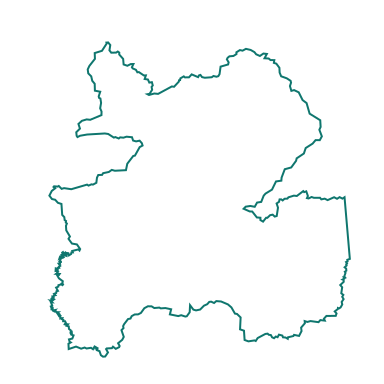 outline of Atalaya, Ucayali, Peru, rotated 85°
{"feature_id": "86281439B8185732836313", "entity_name": "Atalaya", "entity_type": "district", "adm_level": 2, "iso_a3": "PER", "parent_name": "Peru", "parent_adm1": "Ucayali", "projection": "natural_earth1", "projection_center": [-73.051, -10.43], "detail": "fine", "context": "isolated", "style": "outline", "palette": "teal", "viewbox_px": 384, "rotation_deg": 85, "n_neighbors": 0, "source": "geoboundaries", "source_scale": "gbopen_adm2", "svg_char_len": 5955}
<svg xmlns="http://www.w3.org/2000/svg" viewBox="0 0 384 384"><g transform="rotate(85 192 192)"><path d="M340.9,128.0L341.4,125.9L343.7,124.9L344.8,123.0L343.3,121.1L344.1,119.4L341.7,117.8L342.9,114.5L344.7,114.0L345.1,111.5L346.6,109.4L345.1,109.0L344.3,103.5L343.2,102.8L344.7,97.9L340.1,95.0L336.6,95.1L332.6,91.0L330.4,91.0L331.5,88.4L330.9,85.2L332.7,77.3L330.8,75.3L331.7,70.9L329.7,71.6L327.2,68.9L327.9,59.6L325.6,58.6L323.4,60.2L321.2,56.8L320.3,56.7L320.8,55.7L319.9,54.0L317.1,52.1L314.6,52.5L311.9,50.3L309.5,51.5L307.7,50.2L305.9,52.1L300.0,50.7L297.6,52.4L294.7,48.7L292.8,48.6L292.3,49.6L291.4,47.7L290.2,48.3L290.3,47.1L289.4,47.7L285.9,46.1L284.8,46.7L283.8,45.1L281.8,45.1L280.3,46.5L278.7,44.4L277.5,44.7L276.8,43.8L275.2,44.6L274.7,43.1L273.1,43.2L272.4,40.6L210.5,40.5L211.7,42.7L210.0,45.4L211.4,48.1L209.6,50.9L211.9,57.6L210.2,60.4L210.6,63.8L208.9,65.0L208.4,71.1L207.4,73.3L208.6,76.4L208.1,78.0L206.1,76.9L201.3,78.1L201.9,80.3L200.8,81.1L205.1,87.9L204.5,90.8L205.7,96.4L206.9,97.5L206.8,100.4L208.3,102.4L207.1,103.8L207.0,105.4L209.4,106.2L210.8,108.7L215.1,107.7L223.3,109.7L223.7,111.7L221.6,113.6L221.9,116.2L224.3,119.2L224.1,120.4L227.7,123.8L225.9,126.3L223.6,126.1L223.0,129.6L216.7,133.7L216.4,136.2L213.2,142.0L211.3,139.8L211.0,135.1L212.2,130.8L208.2,128.1L207.9,123.9L201.9,120.9L200.0,118.9L196.6,112.1L188.8,107.4L188.5,102.0L185.5,101.5L177.4,97.6L176.2,91.0L170.0,85.6L167.6,84.8L163.4,77.2L158.1,74.9L154.3,67.6L151.1,64.4L151.5,60.2L147.9,57.8L141.1,59.7L138.4,58.2L131.7,58.0L124.2,68.0L113.4,70.1L110.1,73.8L102.0,77.0L99.4,81.4L99.9,84.2L95.0,85.2L91.7,83.8L89.8,84.1L87.0,87.7L84.5,93.1L80.7,94.3L75.9,94.1L71.5,96.8L70.5,99.2L67.8,98.5L67.4,102.3L65.7,104.0L65.1,108.1L61.0,105.4L60.3,108.8L62.4,112.5L60.4,116.1L58.1,117.6L55.6,121.2L54.1,125.8L55.6,129.3L54.8,131.9L56.7,135.6L58.5,135.7L60.1,138.9L60.1,142.9L61.4,144.8L62.9,145.7L66.0,144.2L68.1,144.9L69.6,152.6L77.0,154.3L78.9,155.7L79.3,157.6L78.3,160.5L79.4,162.3L79.3,169.3L78.4,172.0L76.1,173.4L76.4,174.8L78.1,175.9L74.8,182.1L77.5,185.0L77.2,189.1L76.1,190.1L77.8,193.7L79.5,194.1L79.6,195.2L80.9,195.5L85.6,200.7L85.1,202.9L91.3,217.2L90.6,221.0L91.6,226.4L90.7,227.8L90.5,225.7L86.7,222.8L83.8,223.1L82.4,221.8L79.1,222.4L79.3,225.0L76.1,226.1L75.3,229.3L71.8,227.8L71.7,229.8L67.9,234.5L68.0,236.0L65.4,237.2L63.7,240.3L62.5,241.0L59.4,239.2L59.2,241.8L60.6,245.4L59.0,249.0L53.4,249.0L48.7,252.5L46.8,252.3L45.6,253.7L46.5,255.4L46.2,260.3L43.7,261.9L38.5,260.6L35.7,262.5L35.7,264.2L36.6,264.0L43.5,269.4L45.1,276.8L50.9,277.1L57.4,283.2L60.8,285.2L64.8,285.0L68.0,282.3L72.5,281.7L75.7,279.5L82.6,279.9L84.1,274.7L88.6,276.6L90.1,276.4L90.9,275.1L95.3,274.8L100.6,276.2L104.0,275.1L107.5,275.5L111.2,287.1L110.5,290.6L111.5,295.5L114.3,299.2L119.1,298.1L122.4,302.1L126.0,302.0L127.3,301.3L126.2,298.6L125.6,291.5L126.1,273.7L126.9,270.4L131.0,265.1L130.6,263.6L132.3,260.3L131.3,258.8L131.9,255.6L131.2,252.4L132.2,247.0L135.6,246.2L136.7,243.3L136.3,239.7L139.0,237.7L141.4,237.2L142.7,240.2L150.8,245.7L151.0,247.4L158.2,254.0L164.5,255.9L164.1,267.0L163.0,270.0L164.8,273.1L165.5,278.9L167.1,280.1L166.9,283.9L169.4,285.4L174.5,286.5L176.0,290.0L175.6,291.5L176.6,294.5L175.5,295.9L178.7,312.0L177.0,319.1L177.5,321.6L174.4,324.2L174.9,325.3L174.3,328.9L174.9,329.5L176.4,328.0L178.7,331.6L183.2,334.4L186.8,332.1L187.8,329.0L191.1,326.5L192.5,323.1L203.5,323.3L205.9,321.4L208.9,321.3L209.9,320.0L211.4,320.4L212.5,319.4L214.7,320.5L219.3,320.6L225.7,317.5L227.9,319.1L232.9,316.1L234.2,311.2L239.1,308.4L240.5,309.2L239.3,310.2L240.3,316.4L241.8,316.0L241.7,317.4L243.2,317.8L244.4,320.1L242.2,320.5L241.8,322.1L244.8,322.5L243.8,324.8L243.3,322.9L241.3,323.6L242.4,325.1L240.6,325.8L241.1,326.6L242.6,326.0L243.2,327.4L245.8,325.5L246.3,326.5L244.6,328.0L244.7,329.0L246.3,329.7L245.6,328.6L246.4,328.0L249.6,330.1L250.2,327.9L250.6,329.9L252.0,329.7L251.9,331.0L254.1,329.7L254.9,331.2L256.0,330.9L256.0,332.4L257.4,332.5L256.3,334.4L258.8,334.8L258.7,333.4L259.6,332.6L259.9,333.4L261.0,332.9L261.7,334.2L262.1,331.0L263.0,331.7L262.3,334.0L266.4,332.1L269.6,328.5L271.5,329.0L272.2,330.7L272.1,328.9L272.9,328.5L273.5,329.2L272.6,330.3L273.2,333.2L274.6,333.4L275.4,335.7L278.8,334.2L279.0,335.6L280.8,336.1L281.4,338.2L282.9,337.1L283.1,338.7L285.0,339.0L284.1,340.2L286.3,340.7L286.1,342.3L287.1,339.1L288.4,341.1L288.0,342.4L289.7,340.9L289.5,342.2L293.1,341.1L294.0,343.5L293.7,341.8L295.3,341.5L295.7,340.0L295.6,342.1L296.7,342.2L296.9,341.0L297.9,340.9L297.7,339.0L298.5,340.1L299.1,339.4L298.7,338.1L299.8,337.7L300.1,335.6L300.9,336.9L302.3,336.1L301.6,335.3L302.4,334.5L303.3,335.2L303.9,334.1L304.5,334.9L305.4,333.9L306.5,334.2L306.4,332.1L307.4,332.6L308.2,331.3L309.5,331.6L309.7,329.7L311.3,329.1L312.3,330.0L312.8,327.9L313.2,328.9L313.6,327.7L314.4,328.5L315.2,326.5L317.7,326.5L319.3,324.8L320.6,325.0L320.6,324.0L322.6,324.0L322.5,325.1L323.6,324.7L324.5,322.5L327.6,324.0L328.1,327.4L330.5,327.0L331.3,325.9L332.4,328.3L337.7,328.5L335.9,321.0L338.4,316.1L337.6,312.5L338.7,310.7L338.4,306.2L340.0,304.3L337.4,302.5L339.1,300.1L339.8,301.2L340.3,300.0L341.3,300.5L342.5,298.0L346.6,297.0L348.3,295.0L348.3,292.8L344.5,289.7L341.0,291.3L340.4,290.6L340.6,285.4L339.2,284.2L341.6,281.6L340.2,278.1L339.1,277.5L336.2,278.8L333.2,274.4L330.4,272.6L323.5,274.3L321.6,272.1L319.6,272.3L317.8,271.2L313.0,266.8L312.7,264.3L310.4,262.9L309.0,259.8L309.2,256.3L308.0,253.4L303.6,249.6L302.0,245.9L302.4,242.2L304.3,239.7L304.3,234.6L305.2,233.3L305.3,228.6L307.0,223.0L312.0,224.7L314.4,216.5L313.8,213.5L315.5,209.5L315.3,208.0L311.6,204.8L304.6,203.8L309.3,200.9L310.3,198.3L309.8,194.1L306.3,190.0L305.1,186.6L303.0,184.4L302.9,182.5L304.5,179.7L302.8,177.3L303.6,172.6L307.1,166.0L310.4,162.8L316.9,159.8L317.4,157.8L321.2,154.5L333.0,156.1L334.7,152.3L344.0,152.5L345.7,148.8L345.3,142.7L346.0,141.5L343.2,139.3L339.8,131.3L339.7,129.0L340.9,128.0Z" fill="none" stroke="#0f766e" stroke-width="2"/></g></svg>